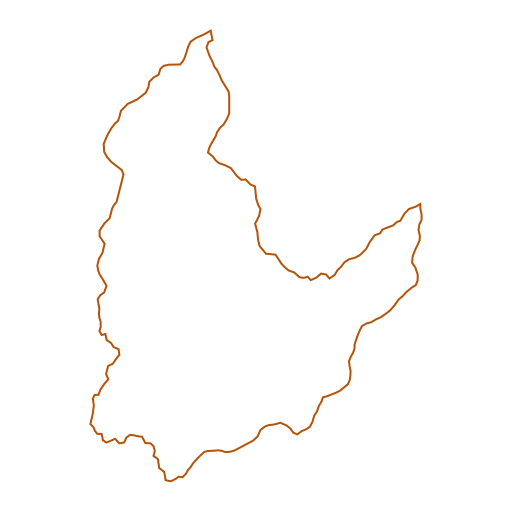 Nova Rosalândia, Tocantins, Brazil
{"feature_id": "56859067B9139796576235", "entity_name": "Nova Rosalândia", "entity_type": "district", "adm_level": 2, "iso_a3": "BRA", "parent_name": "Brazil", "parent_adm1": "Tocantins", "projection": "natural_earth1", "projection_center": [-48.963, -10.527], "detail": "fine", "context": "isolated", "style": "outline", "palette": "amber", "viewbox_px": 512, "rotation_deg": 0, "n_neighbors": 0, "source": "geoboundaries", "source_scale": "gbopen_adm2", "svg_char_len": 3338}
<svg xmlns="http://www.w3.org/2000/svg" viewBox="0 0 512 512"><path d="M234.1,450.7L253.0,440.7L257.6,436.5L260.4,430.0L264.9,426.6L268.8,425.1L272.7,424.7L276.2,424.0L280.3,422.7L286.3,425.4L290.3,428.4L293.2,432.6L297.3,434.4L301.7,431.1L306.1,429.3L309.8,426.9L312.5,421.8L314.1,415.9L317.0,411.4L318.9,405.8L321.6,401.3L322.9,397.3L327.3,396.2L331.6,394.4L336.1,392.7L340.1,390.6L344.3,387.2L348.1,383.9L349.8,379.9L350.4,375.3L350.6,370.9L349.6,366.3L349.0,361.4L350.5,357.2L352.8,353.3L354.5,348.8L354.6,344.4L356.3,339.4L358.0,334.3L360.0,330.1L361.9,326.1L366.4,323.5L371.2,322.2L376.1,319.3L380.3,317.5L385.0,314.3L390.3,310.2L394.5,305.3L398.6,299.5L402.8,296.0L406.6,291.8L411.7,287.7L415.7,285.2L417.6,280.7L417.7,274.6L415.3,267.5L412.1,262.8L412.6,256.7L415.1,250.0L417.8,244.4L419.5,240.6L419.9,236.2L418.5,229.6L419.4,224.3L421.6,219.9L421.6,214.8L420.5,209.3L420.2,204.0L415.9,206.6L408.9,209.0L404.7,213.3L402.6,216.8L400.4,220.7L396.6,222.1L393.2,225.4L387.3,227.6L382.4,229.6L380.1,233.3L374.6,235.3L369.7,242.1L366.3,248.7L362.3,252.9L359.4,255.4L355.3,257.6L349.0,259.3L344.3,262.4L341.2,266.6L337.5,270.1L334.7,274.9L329.5,278.5L326.1,274.5L321.0,273.6L316.3,277.7L310.8,280.1L307.6,276.7L303.8,277.9L299.5,277.2L294.3,272.5L288.5,270.4L284.5,267.0L281.3,263.5L275.6,254.7L271.1,254.2L266.1,253.8L259.6,246.1L258.0,239.5L257.4,232.4L255.1,223.6L257.2,219.7L259.1,215.8L260.5,209.0L258.3,205.3L256.2,198.7L255.0,186.4L250.6,184.6L245.6,179.5L241.3,179.8L236.9,176.0L230.9,168.1L224.9,165.2L218.6,163.0L215.5,160.1L212.7,156.4L208.0,152.6L209.1,148.4L210.8,144.5L215.7,136.3L216.9,132.5L219.9,127.9L223.5,124.6L227.0,118.9L229.2,113.4L229.2,101.8L229.2,95.6L228.6,91.5L225.6,86.7L221.8,80.5L219.4,75.0L217.1,70.2L214.2,66.5L212.5,61.6L209.8,56.5L206.5,47.5L208.5,42.0L212.5,40.2L210.7,30.7L203.4,34.7L195.9,38.0L190.6,41.7L188.1,46.8L186.4,52.4L184.7,57.6L183.0,61.1L180.2,64.5L168.8,64.7L163.5,65.9L160.3,69.0L158.6,74.8L153.8,77.3L149.3,81.7L148.5,86.9L145.7,92.8L137.4,99.3L127.7,103.9L120.9,110.8L119.4,117.1L117.9,120.9L114.6,123.9L111.1,128.6L107.7,134.5L106.0,138.4L103.7,143.8L104.2,151.9L107.1,157.1L111.1,161.7L114.2,164.3L118.1,167.2L121.7,170.0L123.5,174.4L122.1,180.0L120.5,186.4L117.7,197.4L116.6,201.8L113.9,205.1L112.0,209.0L109.6,218.3L104.4,223.4L99.6,230.6L99.6,236.2L104.6,243.7L102.5,252.8L99.0,258.7L97.3,265.7L98.2,270.6L99.7,274.5L103.0,279.7L106.5,285.8L104.2,292.4L100.2,295.3L97.7,299.2L98.5,304.1L99.4,308.7L98.9,313.8L99.4,317.8L100.7,321.7L100.7,327.0L99.4,331.0L101.6,335.0L105.4,334.0L106.6,340.0L111.1,343.1L113.7,347.1L118.5,349.1L119.4,354.8L116.0,359.0L112.9,363.6L108.1,366.0L106.1,374.0L108.3,379.2L104.3,383.9L100.3,389.8L98.4,394.9L94.6,394.9L92.9,398.6L93.8,405.3L93.1,411.3L92.4,415.6L91.4,419.6L90.4,424.1L93.5,427.2L95.0,430.9L97.3,433.9L101.6,433.9L103.0,440.3L106.4,442.5L110.7,440.8L115.1,438.8L119.4,443.4L124.3,442.4L126.4,437.5L130.2,434.8L133.7,435.3L137.2,436.1L142.1,436.8L145.3,443.0L150.6,443.4L153.5,446.1L154.8,451.0L153.5,455.9L157.9,459.1L159.2,468.1L164.1,471.8L164.9,475.8L165.6,480.2L170.9,481.3L175.4,479.0L178.7,476.7L182.5,477.2L185.9,473.8L188.1,469.9L190.8,466.8L192.9,463.5L197.2,458.6L201.1,454.8L204.5,451.8L208.2,451.0L213.5,450.7L218.2,450.3L222.0,450.9L225.4,452.1L229.8,451.8L234.1,450.7Z" fill="none" stroke="#b45309" stroke-width="2"/></svg>